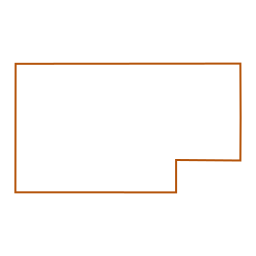 Rusk, Wisconsin, United States of America (Mercator projection)
{"feature_id": "52423323B92810737179268", "entity_name": "Rusk", "entity_type": "district", "adm_level": 2, "iso_a3": "USA", "parent_name": "United States of America", "parent_adm1": "Wisconsin", "projection": "mercator", "projection_center": [-91.064, 45.465], "detail": "fine", "context": "isolated", "style": "outline", "palette": "amber", "viewbox_px": 256, "rotation_deg": 0, "n_neighbors": 0, "source": "geoboundaries", "source_scale": "gbopen_adm2", "svg_char_len": 217}
<svg xmlns="http://www.w3.org/2000/svg" viewBox="0 0 256 256"><path d="M15.6,63.8L15.4,192.3L176.1,192.4L176.1,160.0L240.4,160.5L240.6,117.5L240.4,63.6L15.6,63.8Z" fill="none" stroke="#b45309" stroke-width="2"/></svg>